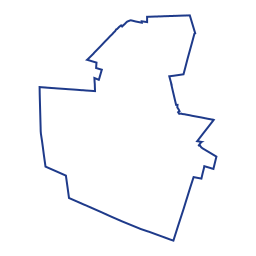 outline of Villa Unión, Coahuila, Mexico
{"feature_id": "50627088B60312682386501", "entity_name": "Villa Unión", "entity_type": "district", "adm_level": 2, "iso_a3": "MEX", "parent_name": "Mexico", "parent_adm1": "Coahuila", "projection": "albers", "projection_center": [-100.748, 28.099], "detail": "fine", "context": "isolated", "style": "outline", "palette": "blue", "viewbox_px": 256, "rotation_deg": 0, "n_neighbors": 0, "source": "geoboundaries", "source_scale": "gbopen_adm2", "svg_char_len": 2826}
<svg xmlns="http://www.w3.org/2000/svg" viewBox="0 0 256 256"><path d="M173.4,240.6L178.1,225.8L180.6,218.1L183.6,208.9L186.4,199.8L187.2,197.3L190.4,187.0L193.6,177.1L201.4,178.6L202.5,173.8L203.9,168.3L204.3,166.2L210.8,168.1L211.2,168.3L213.4,168.9L213.5,168.3L213.6,168.1L216.4,156.6L202.8,148.5L201.3,147.4L200.1,145.7L199.4,145.7L199.0,145.6L198.8,145.3L199.1,145.0L201.3,142.0L201.5,141.9L197.2,141.2L203.2,133.4L208.2,127.0L213.7,119.9L212.9,119.6L211.5,119.5L211.2,119.4L210.9,119.3L210.3,119.2L210.0,119.2L209.7,119.1L207.9,118.8L207.4,118.7L206.9,118.6L206.4,118.5L206.1,118.4L205.4,118.3L204.8,118.2L204.1,118.0L202.5,117.7L201.6,117.5L192.1,115.8L190.0,115.3L185.6,114.5L184.9,114.3L182.1,114.0L181.4,113.6L179.2,113.8L178.1,112.2L178.3,112.0L178.5,111.9L178.8,111.6L179.0,111.5L179.2,111.4L179.3,111.3L179.5,111.2L178.7,109.5L177.3,107.4L177.5,104.9L176.1,104.9L172.8,90.9L171.3,84.4L171.5,84.4L170.4,80.4L169.3,76.3L170.2,76.2L171.5,76.0L172.4,75.9L173.3,75.8L183.5,74.3L185.3,67.5L187.6,58.6L192.0,42.7L194.4,33.8L195.2,33.3L189.8,15.4L182.2,15.6L174.5,15.9L174.4,15.9L174.2,15.9L173.3,15.9L173.0,16.0L172.1,16.0L171.2,16.0L170.5,16.0L170.4,16.0L169.9,16.0L169.7,16.0L169.4,16.0L168.8,16.1L168.3,16.1L167.8,16.1L167.1,16.1L166.9,16.1L166.7,16.1L166.2,16.2L165.9,16.2L165.3,16.2L165.1,16.2L164.6,16.2L164.3,16.2L162.7,16.3L160.5,16.4L160.4,16.4L160.0,16.4L159.5,16.4L159.2,16.4L158.9,16.4L158.4,16.4L158.1,16.4L157.7,16.5L157.3,16.5L156.9,16.5L156.1,16.5L150.8,16.7L147.1,16.8L147.1,22.1L141.7,21.3L141.8,22.7L135.7,21.5L132.6,20.7L130.8,20.3L130.5,20.3L130.0,20.5L129.7,20.6L127.2,21.6L126.3,22.4L126.1,22.6L125.6,23.1L124.8,24.0L123.9,24.7L123.6,24.9L123.6,25.0L123.4,25.1L123.4,25.3L122.9,25.7L122.5,26.1L122.1,26.5L121.1,25.4L120.7,25.7L120.4,25.9L119.7,26.5L119.4,26.7L119.1,26.9L118.9,27.2L117.8,28.3L117.0,29.1L116.2,29.4L115.1,31.2L113.3,32.9L113.3,33.0L112.6,33.8L111.5,34.9L111.3,35.1L110.4,35.9L108.6,37.8L107.8,38.7L107.6,38.9L107.1,39.4L106.4,40.1L105.9,40.6L105.2,41.3L100.1,46.7L94.0,52.9L93.7,53.4L88.0,59.0L87.1,59.8L87.5,59.9L88.8,60.3L89.2,60.4L89.6,60.5L89.9,60.6L90.2,60.7L90.6,60.8L91.1,61.0L92.1,61.3L96.5,62.6L96.2,66.6L96.1,68.0L99.7,69.1L101.8,69.7L99.3,78.3L98.8,79.8L94.4,78.0L94.6,81.9L94.8,84.3L94.8,85.2L95.0,91.1L94.8,91.1L90.8,90.8L87.7,90.6L86.4,90.5L86.0,90.5L82.9,90.2L81.7,90.2L77.1,89.8L74.5,89.6L71.4,89.4L68.3,89.2L64.3,88.9L56.8,88.4L54.6,88.2L51.2,88.0L39.6,87.1L39.7,93.3L39.8,97.7L40.2,112.5L40.3,116.1L40.4,119.9L40.6,127.1L40.7,131.2L40.9,133.7L42.0,140.9L43.0,148.3L43.9,155.2L45.5,166.6L49.1,168.2L56.4,171.4L65.9,175.6L67.6,187.8L69.0,198.0L84.2,204.7L85.0,205.0L100.3,211.7L108.9,215.6L111.8,216.9L121.9,221.3L128.0,223.8L140.0,228.7L140.1,228.8L147.8,231.4L148.9,231.7L157.6,234.9L170.4,239.6L173.4,240.6Z" fill="none" stroke="#1e3a8a" stroke-width="2"/></svg>